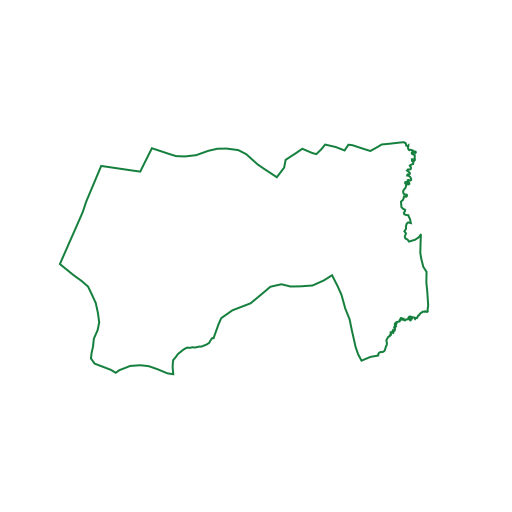 Puncak, Papua, Indonesia, rotated 111°
{"feature_id": "22746128B1222572676249", "entity_name": "Puncak", "entity_type": "district", "adm_level": 2, "iso_a3": "IDN", "parent_name": "Indonesia", "parent_adm1": "Papua", "projection": "albers", "projection_center": [137.288, -3.568], "detail": "fine", "context": "isolated", "style": "outline", "palette": "green", "viewbox_px": 512, "rotation_deg": 111, "n_neighbors": 0, "source": "geoboundaries", "source_scale": "gbopen_adm2", "svg_char_len": 5206}
<svg xmlns="http://www.w3.org/2000/svg" viewBox="0 0 512 512"><g transform="rotate(111 256 256)"><path d="M188.3,357.6L188.7,358.5L191.4,366.4L191.9,374.1L191.9,374.3L192.7,391.8L214.0,393.9L218.7,394.3L220.5,402.0L227.4,432.8L227.9,432.8L259.4,433.8L266.0,434.0L272.8,433.7L276.8,433.5L283.9,433.8L308.6,435.0L333.8,436.2L339.0,420.3L339.4,418.9L340.6,414.4L341.7,410.2L344.7,401.9L350.9,395.3L357.4,388.7L361.2,386.2L365.3,383.5L374.1,378.6L381.9,377.3L390.4,377.7L391.1,377.8L399.4,375.6L401.8,375.3L405.6,374.7L410.8,373.4L414.3,368.1L414.3,362.0L414.3,350.6L415.3,345.1L411.5,342.6L408.8,339.6L405.9,336.4L404.3,334.7L403.7,334.0L399.5,325.0L398.2,320.2L397.3,316.6L397.2,314.0L397.1,310.2L397.0,307.3L397.1,303.9L397.3,296.7L396.0,290.9L393.9,291.9L391.1,293.3L389.1,294.2L385.6,295.3L382.9,296.0L379.8,294.9L375.4,293.7L372.3,291.9L370.0,290.6L367.9,289.0L366.2,287.5L365.7,285.4L363.8,282.2L363.4,280.3L360.8,276.3L360.1,274.4L358.0,272.2L356.6,270.6L353.9,268.6L350.5,268.1L348.4,267.5L347.9,266.1L347.0,266.2L333.6,266.5L326.5,266.2L316.1,259.2L315.2,258.6L302.1,244.1L287.7,236.0L279.6,231.6L273.3,222.2L272.1,212.8L269.8,207.1L268.3,203.4L263.3,192.7L254.5,183.9L246.7,178.1L255.1,168.8L261.7,162.2L271.5,155.0L272.9,154.0L281.6,145.9L291.2,139.8L294.9,137.3L305.0,130.6L311.1,125.5L315.9,120.0L309.2,113.0L305.1,106.2L303.7,106.7L302.2,106.4L301.4,105.7L300.9,105.0L300.5,103.8L299.6,102.7L298.2,102.0L297.0,102.0L293.8,102.3L292.6,102.0L291.9,102.2L290.9,102.4L290.1,102.7L289.1,103.4L288.2,104.0L287.1,104.0L286.5,103.9L284.5,103.7L283.8,103.2L283.2,102.7L282.9,102.4L282.4,102.4L282.1,102.7L281.8,102.6L281.5,102.3L281.3,101.8L281.1,101.7L280.8,102.0L280.0,102.4L279.4,102.9L279.0,103.0L278.8,102.6L279.0,101.9L278.9,101.5L278.7,101.0L278.6,100.3L278.2,100.3L277.8,100.6L277.4,101.2L277.1,101.6L276.6,101.6L276.1,101.5L276.5,100.7L276.2,99.9L275.9,99.8L275.0,99.9L274.6,100.0L274.2,100.4L273.5,100.4L273.5,101.1L273.3,101.4L272.8,101.5L272.0,101.0L272.0,100.4L271.3,100.1L270.6,101.0L270.6,101.7L269.6,102.1L269.0,101.9L269.3,101.3L269.4,100.7L268.8,100.6L268.7,100.9L268.4,101.5L267.8,101.4L267.1,100.9L266.5,99.8L266.1,99.5L265.7,98.5L265.5,98.4L264.4,98.9L264.0,98.8L263.1,98.5L262.1,98.6L261.8,98.2L261.8,97.9L262.2,97.6L263.0,97.9L263.4,97.5L263.2,97.2L262.6,96.2L262.3,96.0L261.8,96.0L261.7,95.6L262.0,95.4L262.8,95.2L262.9,94.6L262.8,94.1L262.5,93.5L261.5,93.2L261.2,92.8L260.8,91.9L260.6,91.3L260.2,91.1L258.9,91.6L258.4,91.5L257.7,91.1L257.3,90.7L257.3,90.4L257.7,90.2L258.9,89.9L260.2,89.3L260.8,89.0L260.8,88.7L260.5,88.5L259.4,88.2L258.4,88.1L258.0,88.3L257.7,88.9L257.3,89.0L257.1,88.9L257.1,88.5L257.2,87.7L256.9,87.0L256.7,86.2L256.7,85.8L257.6,85.3L257.9,84.8L257.7,84.7L257.3,84.8L256.6,84.6L256.3,83.8L256.0,83.4L255.6,83.5L254.9,83.4L254.4,83.2L253.4,83.2L252.7,82.4L251.7,82.4L250.5,81.9L249.7,81.5L249.1,80.7L248.2,80.4L247.9,79.8L247.8,78.9L247.2,78.6L246.9,78.0L247.2,77.2L246.8,76.1L246.1,75.8L245.6,76.2L245.3,76.4L240.3,77.6L228.4,83.1L219.4,87.6L215.2,89.1L209.7,91.1L206.2,95.9L199.8,100.4L194.3,103.7L184.4,107.2L177.1,109.7L177.1,109.8L180.4,110.9L183.4,113.0L183.8,113.3L187.7,118.3L186.3,120.5L186.1,122.9L184.2,124.2L181.2,124.0L179.8,126.3L176.9,125.7L174.4,126.7L172.0,126.9L170.1,126.0L169.8,123.2L167.7,124.6L166.4,125.4L164.7,127.3L163.3,128.4L163.9,130.4L163.9,132.5L162.6,133.5L161.0,133.0L159.4,133.4L159.3,134.9L159.3,135.3L158.3,137.7L155.5,139.1L153.3,140.1L152.1,139.5L151.0,138.9L149.2,138.9L147.4,139.2L146.8,136.9L146.2,136.7L145.9,136.7L145.2,136.7L144.8,137.2L144.8,137.9L145.1,138.7L145.1,140.0L144.5,141.0L143.0,141.8L141.7,141.8L140.5,141.5L139.5,141.1L138.7,140.9L137.5,141.0L135.8,141.2L135.1,141.6L135.0,142.1L134.7,142.8L133.5,143.1L133.0,142.1L133.3,141.2L134.5,140.5L134.7,139.8L134.3,139.0L133.6,138.7L132.7,139.3L132.0,140.3L131.9,141.0L131.9,141.4L130.8,141.5L130.3,140.9L130.3,140.1L130.2,139.0L129.8,138.5L128.7,138.6L128.2,139.0L127.4,139.9L126.8,140.8L126.4,142.3L126.7,143.7L125.5,143.7L125.0,142.5L124.7,142.1L123.9,141.9L123.3,142.2L122.9,143.1L122.5,144.2L122.1,145.6L120.8,145.2L120.3,144.0L119.8,143.0L119.3,142.7L118.0,143.0L117.3,143.7L117.3,143.8L116.5,144.8L115.9,144.5L114.7,143.4L113.8,142.3L113.3,142.4L112.5,142.5L111.9,143.0L111.7,143.2L111.3,144.4L109.9,145.1L109.5,144.4L110.5,143.7L110.5,142.5L109.7,142.1L108.6,142.4L107.5,143.1L106.1,143.5L105.0,143.9L104.9,145.2L104.8,146.4L104.6,147.2L103.7,147.6L102.7,147.2L102.8,146.4L102.8,145.2L102.7,144.1L102.0,143.9L101.5,144.3L101.4,144.4L101.5,145.3L101.8,146.2L101.7,146.8L101.2,147.7L101.4,148.4L101.5,150.1L102.3,150.8L101.7,152.0L100.2,153.1L99.0,153.1L98.1,153.4L98.8,153.8L99.2,155.1L98.3,155.9L97.7,156.2L97.2,156.5L96.9,157.0L97.1,157.8L96.7,158.6L98.7,162.7L103.0,170.9L106.9,178.7L110.7,181.6L117.0,186.9L117.5,195.1L118.0,205.7L119.0,209.6L125.7,211.1L125.7,220.2L125.7,220.7L127.2,231.4L133.0,233.3L139.3,236.2L139.7,240.6L139.3,251.2L147.0,256.5L148.8,257.9L154.4,261.9L155.7,262.8L163.4,261.4L175.0,264.8L172.1,277.9L171.9,279.0L169.9,287.3L167.1,294.7L165.5,298.8L164.5,301.5L164.1,304.7L163.8,307.4L163.5,310.6L166.2,321.8L168.3,327.0L169.7,330.5L174.8,338.1L183.3,348.0L188.3,357.6Z" fill="none" stroke="#15803d" stroke-width="2"/></g></svg>